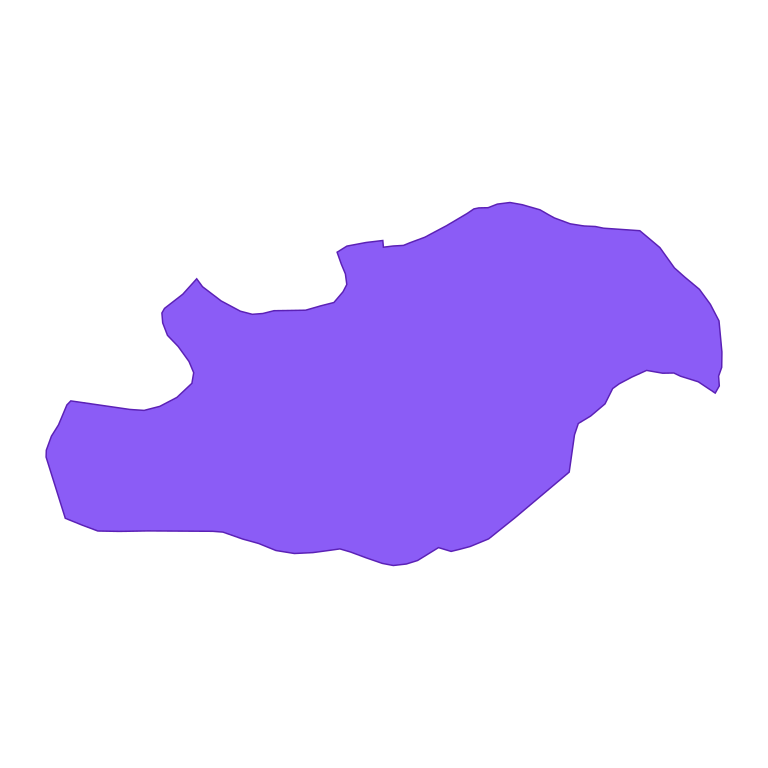 the district of Dreikish, Tartus, Syria
{"feature_id": "27442178B79430829635583", "entity_name": "Dreikish", "entity_type": "district", "adm_level": 2, "iso_a3": "SYR", "parent_name": "Syria", "parent_adm1": "Tartus", "projection": "albers", "projection_center": [36.147, 34.928], "detail": "fine", "context": "isolated", "style": "filled", "palette": "violet", "viewbox_px": 768, "rotation_deg": 0, "n_neighbors": 0, "source": "geoboundaries", "source_scale": "gbopen_adm2", "svg_char_len": 1767}
<svg xmlns="http://www.w3.org/2000/svg" viewBox="0 0 768 768"><path d="M382.8,240.5L366.0,242.5L346.9,246.1L337.1,252.2L341.3,264.1L345.4,273.9L346.8,284.5L343.0,291.8L333.9,302.5L320.1,306.0L318.5,306.5L305.6,310.2L287.8,310.5L274.0,310.7L262.8,313.5L252.3,314.3L240.4,311.2L221.1,300.9L202.5,286.7L196.7,278.8L182.8,294.2L164.5,308.4L161.9,313.0L162.7,322.9L167.5,335.4L178.2,346.5L189.0,361.5L193.7,372.7L191.9,383.3L176.9,397.4L159.7,406.4L158.8,406.6L146.0,409.9L144.2,410.4L134.9,409.8L129.5,409.4L128.9,409.3L70.8,400.9L66.9,404.9L58.5,424.9L51.4,436.2L46.3,450.2L46.1,457.1L65.3,518.3L82.6,525.3L97.8,531.0L118.9,531.4L125.9,531.3L148.0,530.9L212.6,531.3L222.9,532.1L242.8,539.1L250.2,541.1L251.6,541.5L258.7,543.5L275.9,550.5L294.4,553.5L312.9,552.6L330.0,550.3L339.9,548.9L350.5,552.0L365.8,557.7L382.3,563.4L393.3,565.5L406.4,564.0L417.6,560.5L438.5,547.6L451.1,551.4L459.7,549.3L470.2,546.5L488.6,538.9L514.7,518.0L539.4,497.2L569.2,472.1L574.5,434.8L578.3,423.5L590.7,416.0L605.0,403.9L612.7,388.5L613.6,387.9L619.2,383.8L631.6,377.2L646.6,370.4L662.6,373.2L673.8,373.0L680.5,376.2L698.3,381.8L715.2,393.1L715.4,392.8L719.3,385.9L718.6,376.1L721.7,367.4L721.9,354.3L721.9,351.7L721.8,350.9L721.5,347.7L720.9,341.1L719.0,320.9L710.4,304.4L708.6,301.9L699.4,289.3L684.5,276.9L674.4,267.9L666.1,256.3L659.9,247.6L651.5,240.5L639.8,230.7L603.6,228.2L595.3,226.5L584.5,226.0L581.5,225.6L570.2,223.8L554.3,217.9L548.5,214.7L540.0,209.8L531.3,207.3L528.8,206.6L522.3,204.7L510.0,202.5L497.3,204.1L488.1,207.7L483.2,207.8L478.8,207.9L473.9,208.9L467.1,213.5L457.3,219.3L452.6,222.1L448.3,224.6L446.7,225.6L444.8,226.6L431.4,233.7L424.9,237.2L409.8,242.8L403.5,245.4L393.2,246.0L383.4,247.2L382.8,240.5Z" fill="#8b5cf6" stroke="#5b21b6" stroke-width="1.5"/></svg>